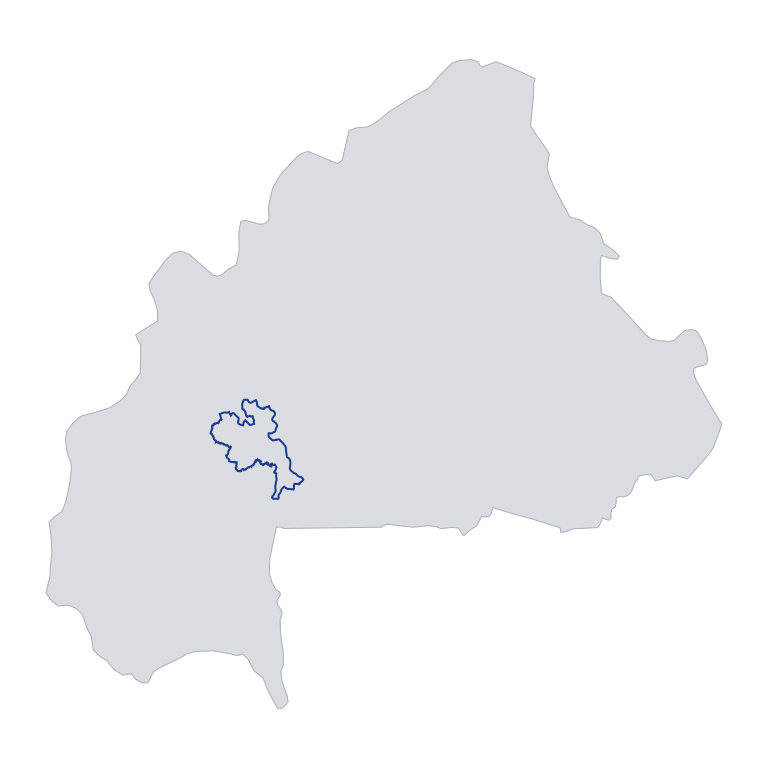 Bale, Balé, Burkina Faso (highlighted)
{"feature_id": "67063806B68807156447803", "entity_name": "Bale", "entity_type": "district", "adm_level": 2, "iso_a3": "BFA", "parent_name": "Burkina Faso", "parent_adm1": "Balé", "projection": "equal_earth", "projection_center": [-3.151, 11.673], "detail": "fine", "context": "in_parent", "style": "outline", "palette": "blue", "viewbox_px": 768, "rotation_deg": 0, "n_neighbors": 0, "source": "geoboundaries", "source_scale": "gbopen_adm2", "svg_char_len": 9073}
<svg xmlns="http://www.w3.org/2000/svg" viewBox="0 0 768 768"><path d="M595.4,527.7L573.4,528.8L565.4,532.0L560.5,532.1L560.4,529.4L559.8,527.8L532.0,518.9L512.5,513.6L492.7,507.7L491.6,513.2L488.8,516.8L484.6,517.0L481.6,516.2L479.6,520.4L476.4,526.0L471.8,528.8L467.3,532.2L464.8,535.2L463.0,535.3L458.5,528.2L452.5,527.4L441.2,528.6L436.2,526.7L429.3,525.7L413.0,527.2L387.0,524.3L382.8,525.9L381.7,527.2L355.9,527.5L327.6,527.9L303.9,528.2L283.2,528.5L283.2,527.2L276.5,527.1L275.8,529.5L269.9,558.2L269.3,573.8L272.4,583.5L275.9,589.7L279.9,592.2L280.2,595.7L277.1,600.2L277.4,604.8L281.1,609.6L282.0,614.6L280.1,619.9L280.5,632.5L283.3,652.5L283.4,665.4L280.8,671.3L282.0,681.5L287.2,695.8L288.1,701.8L286.2,704.6L282.0,708.4L277.7,708.3L272.7,699.6L270.5,695.7L266.4,686.9L263.0,678.1L258.3,674.2L253.8,670.6L248.2,659.4L242.9,654.1L237.2,655.6L228.9,653.5L212.2,650.8L194.3,651.6L186.8,654.2L179.5,658.2L160.8,667.2L153.5,671.6L147.9,682.9L141.6,682.6L135.2,679.0L131.3,673.9L122.8,675.1L114.5,670.1L106.6,660.4L100.8,657.2L93.3,650.1L91.3,636.7L86.6,627.3L82.3,614.2L75.8,608.3L68.4,605.2L58.1,605.9L51.4,600.6L46.1,593.0L47.5,586.3L49.9,576.9L50.2,567.9L51.9,553.2L50.9,534.8L49.1,522.0L54.8,516.7L61.4,511.9L65.4,503.2L69.7,483.7L71.6,466.8L70.3,460.6L68.1,455.6L66.4,448.3L65.4,439.5L66.6,431.7L71.6,424.5L77.8,418.6L82.2,415.7L93.9,412.7L108.5,408.2L117.0,403.2L123.1,398.1L126.6,394.1L130.1,385.9L135.7,379.6L140.1,373.2L140.7,355.3L140.7,345.2L137.5,339.6L135.7,334.8L157.4,320.9L157.5,311.0L154.5,300.0L150.3,291.2L148.8,283.6L154.7,274.6L160.1,267.9L163.9,262.1L172.4,253.4L181.3,251.1L189.3,254.4L212.9,275.0L217.0,276.3L221.9,274.7L228.1,269.3L236.2,265.0L239.2,251.3L238.9,231.1L240.8,221.8L245.0,220.2L258.6,224.0L262.1,224.2L266.1,222.9L269.0,219.4L268.8,212.9L268.2,207.1L272.6,188.4L280.7,174.3L297.0,156.7L302.1,153.2L308.0,151.4L337.3,163.5L342.0,160.5L349.1,130.5L357.0,127.7L366.5,127.2L372.7,124.6L375.9,122.5L389.8,111.2L414.2,95.7L427.4,89.1L430.0,86.6L439.4,75.6L451.8,63.1L459.8,60.5L470.8,59.6L477.8,61.7L479.7,65.3L482.0,67.1L496.3,61.7L517.0,70.2L534.9,78.6L533.7,83.9L533.7,93.3L532.3,108.1L530.6,125.9L538.0,137.4L546.9,149.8L549.3,154.6L547.0,166.8L548.7,174.0L553.4,185.9L561.4,201.1L569.7,216.7L575.3,218.7L580.7,220.0L584.0,222.8L588.8,225.5L593.5,227.2L597.7,230.6L600.4,234.0L603.8,243.6L613.1,250.0L619.5,256.3L617.0,259.4L609.0,258.2L601.4,255.4L600.4,260.0L600.2,277.7L601.5,292.4L603.3,294.4L610.9,297.1L629.1,316.2L645.5,334.3L651.0,339.0L660.1,340.8L670.2,341.5L674.6,339.9L684.3,330.8L689.5,329.7L694.3,330.0L697.0,331.5L701.7,338.9L706.2,350.1L707.6,358.4L707.2,362.9L705.7,364.6L697.6,366.7L694.2,368.4L693.3,370.8L694.6,376.4L696.2,380.0L705.1,396.3L718.0,418.1L721.9,423.8L719.8,430.3L713.4,447.4L708.6,454.5L687.4,478.8L676.9,475.9L654.9,480.8L651.6,475.2L646.4,474.5L640.1,475.5L637.8,477.6L637.1,480.0L634.8,483.3L630.8,492.9L627.7,495.4L623.8,496.9L619.0,496.7L616.2,497.9L616.2,502.7L615.4,506.8L612.1,508.9L610.8,513.5L611.1,518.1L609.2,520.2L605.0,519.1L602.6,517.8L600.3,523.7L597.4,527.7L595.4,527.7Z" fill="#d9dde1" stroke="#a8b0b8" stroke-width="1"/><path d="M268.8,406.3L268.2,407.0L268.1,406.9L268.2,406.7L267.8,406.8L266.5,407.0L265.7,407.6L265.3,407.6L264.8,407.8L264.4,407.7L264.4,408.3L264.2,408.6L263.6,409.1L262.8,408.9L262.4,408.5L261.9,408.5L261.9,408.4L260.8,408.3L259.5,407.5L258.6,406.7L258.0,406.5L257.7,406.2L257.1,405.2L256.9,402.4L256.7,401.5L255.9,400.1L252.9,401.7L251.0,402.9L249.5,402.4L249.0,402.1L248.4,401.2L247.8,400.0L247.6,399.7L246.9,399.9L244.2,399.7L243.9,399.9L243.5,400.5L242.4,403.3L242.2,405.4L242.3,406.1L242.2,407.6L242.3,408.8L242.7,409.3L243.1,409.2L243.5,409.3L243.9,410.0L244.9,411.0L245.3,411.7L245.4,411.9L245.1,411.9L245.2,412.1L246.2,415.4L246.6,416.2L246.8,416.1L246.9,416.4L247.1,416.4L247.4,416.8L247.7,416.5L248.9,416.2L249.7,415.8L249.9,415.9L250.3,416.3L250.7,416.2L251.1,416.5L252.1,416.4L252.4,416.1L252.7,416.2L252.8,416.5L252.8,417.2L252.9,417.7L253.9,420.2L254.0,420.8L253.8,421.3L253.8,421.5L253.7,422.3L254.1,423.8L253.4,423.9L251.6,424.7L249.9,425.0L245.3,420.2L243.4,422.7L243.5,423.6L243.0,425.4L239.2,424.2L239.0,423.7L238.5,423.4L237.9,422.2L238.7,419.6L238.7,418.8L238.4,418.2L238.4,417.7L236.2,415.8L234.9,414.4L234.2,413.8L234.0,413.4L233.2,413.1L231.9,413.5L231.6,413.8L231.3,415.0L230.9,415.5L229.2,412.6L229.1,412.0L228.6,412.3L227.6,412.6L224.4,412.5L219.8,413.9L220.8,417.2L221.1,418.6L221.6,419.3L221.0,420.1L220.5,420.0L219.6,420.4L219.2,421.3L218.9,421.7L218.8,422.6L218.5,422.7L218.3,423.2L217.9,423.1L217.4,422.7L216.7,423.1L216.3,423.1L215.5,423.8L214.8,423.4L214.2,423.8L214.3,423.9L214.3,424.0L213.9,424.6L213.7,425.0L213.3,425.2L213.0,425.2L212.9,425.5L212.4,425.4L212.0,426.1L212.3,427.3L212.1,427.7L212.3,428.4L212.2,428.9L212.1,429.1L212.0,429.6L211.8,429.7L211.6,430.0L211.3,431.3L210.9,431.9L210.6,433.4L211.0,433.6L211.2,433.9L211.7,433.9L212.1,434.3L212.1,434.8L212.7,435.6L212.8,436.2L213.2,436.4L213.2,436.8L213.8,437.5L213.8,438.0L213.6,438.0L214.0,439.2L215.3,440.4L215.5,440.9L215.6,440.7L216.0,440.8L216.2,441.1L216.1,441.6L216.4,441.3L217.0,442.2L217.7,442.6L217.9,442.2L218.1,442.1L218.3,442.3L218.2,442.5L219.0,442.6L219.3,442.9L219.8,442.8L220.0,442.9L219.9,443.1L219.7,443.4L220.1,443.6L220.6,443.6L220.8,443.3L221.5,443.0L222.5,443.6L223.7,443.9L223.8,444.1L223.5,444.2L223.9,444.6L224.0,444.6L224.1,444.3L224.6,444.7L225.4,444.8L226.1,445.5L226.4,445.4L226.5,445.6L226.8,445.6L227.1,445.1L227.7,445.4L228.7,446.9L229.7,447.1L230.2,446.5L230.9,446.9L230.7,447.5L230.4,447.8L230.5,447.9L229.9,448.9L229.3,449.4L229.2,449.9L228.7,450.5L228.3,451.5L228.4,452.2L228.2,453.5L227.7,454.1L227.2,455.2L226.5,455.2L226.1,455.4L226.1,455.6L227.1,457.8L227.6,458.0L228.7,459.2L229.2,459.6L229.3,460.1L229.2,461.1L231.0,461.9L233.0,462.1L234.0,461.8L234.4,462.4L235.2,462.6L235.5,462.2L236.8,462.3L236.6,464.1L236.4,464.6L236.2,465.8L236.6,466.8L236.4,467.2L235.7,467.7L235.8,468.5L236.3,469.4L237.1,470.0L237.6,471.0L238.0,471.1L239.5,471.1L240.1,471.3L240.4,471.0L240.6,471.0L240.5,470.8L240.9,470.8L241.4,470.0L242.7,468.9L243.2,469.0L243.7,469.4L243.8,469.7L244.0,469.5L245.0,469.8L245.2,469.7L245.5,469.7L245.6,469.4L245.8,469.4L246.6,468.4L247.2,468.2L247.8,467.5L248.6,467.3L249.1,467.4L249.2,467.1L249.4,467.1L249.7,466.9L250.4,466.5L250.9,466.5L251.2,466.7L251.2,466.4L251.5,466.1L251.8,465.7L252.5,465.6L252.8,465.6L253.0,465.4L252.7,465.2L252.8,465.1L253.6,464.8L253.7,464.1L254.3,463.9L254.3,463.1L254.8,462.3L254.7,462.0L254.8,461.9L255.1,462.2L255.8,462.0L256.0,461.2L255.6,460.5L255.6,460.3L256.4,460.0L257.0,460.2L257.5,459.5L258.1,460.6L258.4,460.7L258.9,460.1L259.0,460.2L259.4,460.2L259.5,460.7L259.8,461.3L260.7,461.2L260.9,461.4L260.7,461.8L260.3,462.2L260.2,462.4L260.5,463.7L260.7,464.0L260.9,463.9L261.6,463.9L262.4,464.2L262.6,464.8L263.0,465.3L263.1,465.7L263.2,465.1L263.6,464.8L263.9,464.1L264.5,464.1L265.2,463.2L265.8,463.2L267.0,464.1L267.0,463.3L266.8,462.8L266.9,462.5L267.5,462.7L268.5,463.7L268.9,464.6L268.9,465.0L269.3,465.2L269.9,465.9L270.1,465.9L270.4,466.3L271.0,466.0L271.4,466.3L271.5,465.9L271.6,465.3L271.0,464.3L271.1,464.0L271.4,463.7L272.0,463.7L272.4,464.2L272.7,464.8L273.2,465.1L273.7,464.9L274.2,464.5L274.5,464.5L274.6,464.9L274.9,464.8L275.1,464.9L275.7,465.8L276.4,467.4L275.8,469.6L275.4,470.5L274.3,471.5L274.2,471.9L274.2,472.5L274.4,472.8L275.6,472.9L276.1,473.4L276.3,474.0L276.1,476.6L276.5,478.5L276.5,479.8L275.9,482.5L275.9,483.1L275.3,486.2L275.2,487.2L275.6,489.8L275.6,491.4L275.2,492.2L274.4,493.3L273.7,495.0L272.3,496.5L272.1,497.7L272.3,498.1L272.6,498.4L273.6,498.8L274.3,498.7L275.0,498.8L276.1,498.7L277.7,498.8L278.6,499.3L278.4,499.0L278.5,498.4L278.7,497.6L278.4,495.8L278.9,494.3L279.8,493.5L280.5,492.4L281.3,489.9L281.7,489.2L282.7,488.0L284.1,486.7L285.9,488.1L286.2,488.1L287.2,488.7L287.6,489.1L288.5,488.9L291.4,489.2L292.6,489.1L293.5,489.5L293.7,489.2L293.9,488.0L294.0,485.4L294.4,483.8L295.2,484.0L295.5,483.9L297.2,483.9L298.3,484.2L298.9,483.6L299.5,484.0L299.8,483.3L300.0,482.8L301.0,482.2L301.5,481.6L302.5,480.9L303.3,479.7L303.2,479.3L302.3,478.1L301.8,477.8L301.0,477.0L299.6,476.8L298.9,476.5L297.8,475.9L295.9,473.8L293.4,472.7L291.8,471.4L290.0,469.3L289.8,468.1L290.2,466.4L290.4,463.1L290.4,462.2L290.1,460.4L289.6,459.3L288.8,458.2L287.2,457.3L286.9,456.9L285.9,449.2L285.8,447.3L285.1,446.0L282.7,442.9L282.4,442.8L281.7,441.9L281.1,441.4L280.7,440.8L279.3,439.5L278.6,439.3L277.7,439.6L276.7,439.8L275.9,439.7L275.6,440.0L274.4,440.3L273.8,440.1L273.0,440.4L272.6,440.3L271.5,439.5L268.9,436.9L268.8,436.5L268.5,434.8L268.6,433.4L269.1,433.2L270.1,433.1L271.3,433.5L272.0,433.3L273.6,432.2L274.9,431.6L275.6,430.4L275.8,428.7L277.1,426.2L277.0,424.9L276.4,423.8L275.7,422.9L274.7,422.3L274.2,421.5L273.0,421.1L272.5,420.5L272.3,419.7L272.2,419.0L272.4,418.4L273.5,416.7L274.6,415.4L274.8,415.0L275.0,413.6L274.4,412.1L274.3,411.7L273.5,411.0L272.7,410.8L272.4,410.5L271.9,410.5L271.4,410.3L270.9,409.8L270.1,409.2L269.8,408.7L269.7,407.8L269.4,406.9L268.8,406.3Z" fill="none" stroke="#1e3a8a" stroke-width="2"/></svg>